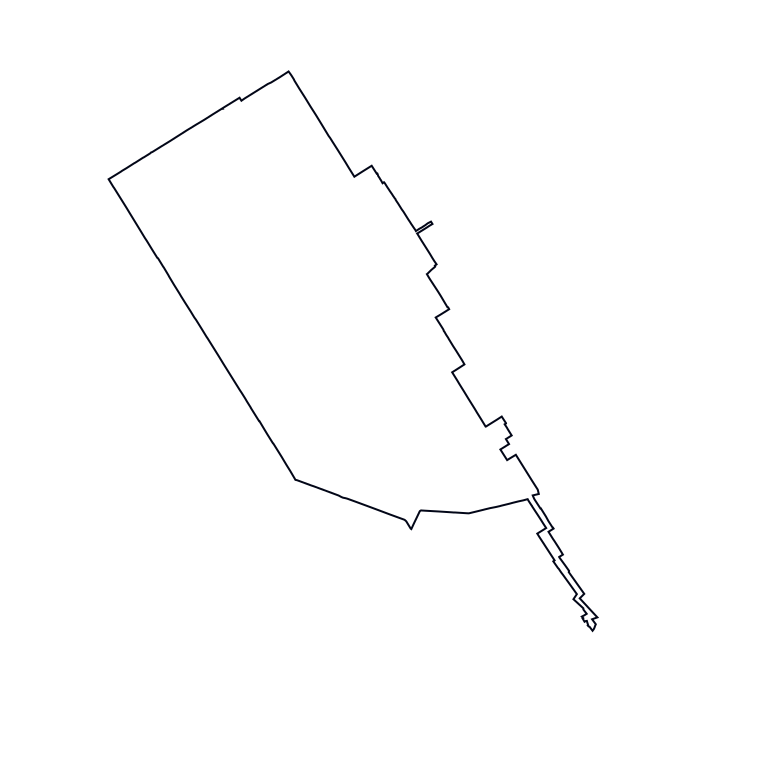 the district of Valle Hermoso, Tamaulipas, Mexico, rotated 148°
{"feature_id": "50627088B70713462324597", "entity_name": "Valle Hermoso", "entity_type": "district", "adm_level": 2, "iso_a3": "MEX", "parent_name": "Mexico", "parent_adm1": "Tamaulipas", "projection": "mercator", "projection_center": [-97.883, 25.782], "detail": "fine", "context": "isolated", "style": "outline", "palette": "ink", "viewbox_px": 768, "rotation_deg": 148, "n_neighbors": 0, "source": "geoboundaries", "source_scale": "gbopen_adm2", "svg_char_len": 5139}
<svg xmlns="http://www.w3.org/2000/svg" viewBox="0 0 768 768"><g transform="rotate(148 384 384)"><path d="M372.2,703.4L375.3,703.4L375.2,703.0L376.2,703.4L385.7,703.4L385.9,703.4L395.9,703.3L396.4,703.3L406.2,703.5L416.8,703.6L426.5,703.5L426.9,703.5L437.2,703.4L447.3,703.5L457.5,703.5L458.9,703.8L459.9,703.5L467.8,703.5L468.4,703.6L477.9,703.5L478.5,703.6L487.8,703.5L488.6,703.5L493.1,703.6L494.6,703.5L498.8,703.5L509.0,703.6L509.1,694.4L509.0,693.5L509.0,682.7L509.0,672.6L509.0,672.4L509.0,669.9L509.1,662.7L509.1,661.9L509.2,652.1L509.2,651.2L509.3,641.2L509.4,634.8L509.3,631.1L509.4,620.7L509.4,611.1L509.0,610.4L509.1,600.2L509.0,599.9L509.2,590.0L509.2,589.8L509.3,589.5L509.5,579.5L509.5,579.1L509.5,569.0L509.6,565.7L509.6,558.7L509.5,548.1L509.6,540.9L509.4,538.2L509.4,527.7L509.5,517.2L509.4,517.1L509.4,506.9L509.4,505.4L509.4,495.5L509.5,485.9L509.5,476.1L509.5,465.6L509.5,455.0L509.4,451.9L509.4,448.1L509.4,445.6L509.4,445.1L509.5,441.9L509.5,434.5L509.6,434.4L509.6,423.9L509.6,418.7L509.3,418.6L509.5,409.4L509.6,403.2L509.6,392.5L509.4,392.3L509.4,391.7L509.4,385.4L509.4,383.3L509.4,382.8L509.4,376.3L509.5,372.2L509.6,366.5L509.6,363.6L509.6,359.8L509.9,349.6L509.5,349.3L508.5,348.2L499.3,336.3L497.8,334.5L481.6,313.5L480.0,310.7L479.0,309.3L477.1,307.5L475.9,306.2L470.5,299.3L462.6,289.1L457.9,283.0L455.9,280.4L448.1,270.2L438.8,258.3L438.4,257.6L438.2,256.8L438.0,256.2L437.9,255.5L438.0,247.2L437.7,246.5L432.8,249.7L428.7,252.3L428.2,252.6L422.7,256.1L421.5,256.9L421.2,257.0L420.9,257.2L420.5,257.2L420.2,257.2L419.8,257.2L419.5,257.1L419.2,256.9L419.0,256.7L413.5,252.8L404.6,246.5L395.7,240.1L392.7,237.9L392.0,237.5L382.8,230.9L382.1,230.4L381.1,229.7L380.4,229.3L372.9,226.8L366.2,224.6L365.2,224.3L359.8,222.5L354.6,220.5L350.3,219.0L349.2,218.7L340.7,215.9L337.7,215.0L332.2,213.2L327.5,211.5L323.8,210.4L323.2,210.2L323.3,209.0L323.3,207.3L323.2,202.7L323.1,202.4L323.2,202.2L323.2,200.8L323.1,195.5L323.0,192.2L322.9,185.6L322.9,182.6L322.9,181.6L322.8,175.9L328.0,175.9L333.3,175.9L333.3,171.8L333.3,171.5L333.1,160.7L332.8,144.0L334.4,143.9L334.0,135.8L333.7,134.4L333.7,132.9L333.6,130.1L333.3,127.0L333.1,123.7L332.6,116.4L331.8,103.6L337.4,101.1L333.8,88.1L334.4,87.1L334.2,84.6L334.0,82.9L333.9,81.7L336.8,81.7L339.5,81.9L339.1,80.0L339.8,80.0L339.9,76.1L338.7,76.1L337.5,75.6L338.1,73.6L338.7,71.2L339.1,71.2L339.0,70.1L338.3,69.0L337.9,64.2L337.1,64.5L336.0,64.9L335.5,65.3L334.6,65.8L333.7,66.6L333.0,67.1L332.3,67.6L331.7,68.0L332.2,74.2L326.7,73.0L328.4,81.8L331.6,98.5L325.4,99.9L327.0,126.6L326.1,127.3L326.5,134.4L326.6,135.7L327.2,144.0L327.1,144.5L322.7,144.5L322.7,144.9L322.6,150.6L322.6,153.2L322.7,160.7L322.8,162.9L322.8,171.5L316.8,171.5L316.8,172.6L317.1,172.7L317.2,180.6L316.9,185.8L316.9,195.4L317.3,195.5L317.4,200.8L317.5,206.5L317.3,208.3L316.9,210.7L311.0,208.7L310.8,209.3L309.7,212.6L309.6,213.1L309.7,223.2L309.7,233.3L309.7,233.6L309.7,244.0L309.7,247.2L309.7,254.1L316.3,254.2L319.9,254.2L320.0,266.8L309.8,266.8L309.8,272.7L303.0,272.7L303.0,275.8L303.0,277.8L303.0,280.1L302.9,281.7L303.0,285.9L301.4,285.9L301.3,286.1L301.4,292.3L301.4,294.0L307.3,293.9L309.7,293.9L320.2,293.9L320.4,294.0L320.3,302.4L320.3,306.2L320.3,310.4L320.2,314.6L320.2,318.8L320.2,327.1L320.1,335.4L320.1,339.4L320.1,343.5L320.0,348.1L320.0,353.1L320.0,357.8L309.8,357.9L305.4,358.0L305.2,362.8L305.2,368.7L305.2,374.0L305.3,379.5L305.2,387.9L305.1,389.3L305.2,392.2L305.1,396.1L305.0,396.4L305.2,397.2L304.8,398.7L304.8,401.1L304.9,413.0L299.5,412.9L289.1,412.9L289.0,414.5L289.0,414.9L289.1,415.3L289.5,415.5L289.4,420.6L289.2,428.6L289.2,430.8L289.2,432.8L289.2,433.4L289.5,448.0L289.5,450.1L289.4,454.4L289.1,454.4L283.2,455.7L278.9,456.3L278.4,456.4L278.2,457.4L276.0,457.6L276.2,461.6L276.2,465.6L276.1,469.7L276.1,472.0L276.2,485.7L276.1,494.1L275.3,494.0L271.8,494.0L265.0,494.0L261.6,494.1L258.1,494.0L258.1,496.8L261.8,497.1L265.0,496.8L265.4,496.8L265.8,496.8L266.0,496.8L266.4,496.8L266.5,496.8L266.8,496.8L267.0,496.8L267.4,496.8L267.7,496.8L267.9,496.8L268.1,496.7L268.3,496.7L268.5,496.7L271.9,496.9L275.4,496.8L275.9,496.8L275.8,497.8L275.9,500.1L276.0,502.0L276.0,503.4L276.1,504.8L276.1,506.2L276.1,507.8L276.2,510.4L276.2,511.8L276.2,513.1L276.2,514.6L276.2,516.5L276.2,517.1L276.2,518.6L276.2,519.9L276.3,521.3L276.4,522.6L276.4,523.6L276.4,524.1L276.4,526.6L276.4,527.9L276.4,529.9L276.5,532.1L276.5,534.1L276.3,534.6L276.5,536.0L276.5,537.2L276.6,538.5L276.6,539.8L276.6,541.1L276.7,542.3L276.7,543.0L276.8,544.5L276.8,545.0L276.8,546.3L276.9,548.8L276.9,550.1L276.9,551.4L276.9,552.4L276.9,553.5L276.9,553.8L277.1,555.1L278.8,555.0L278.7,557.1L278.6,558.9L278.7,559.3L278.6,561.3L278.7,563.4L278.2,565.4L278.1,566.0L278.7,566.1L278.8,575.6L289.0,575.6L299.3,575.5L299.3,586.2L299.2,592.2L299.2,596.2L299.2,606.5L299.3,616.9L299.3,617.3L299.3,621.4L299.5,623.5L299.3,637.7L299.2,648.2L299.3,658.3L299.2,668.7L299.3,679.1L299.2,689.1L299.0,689.8L299.0,694.8L299.3,699.6L309.6,699.4L319.0,699.5L319.9,699.5L323.6,700.0L330.0,700.0L335.1,700.0L340.4,700.0L350.7,700.0L354.8,699.8L354.8,703.3L372.2,703.4Z" fill="none" stroke="#020617" stroke-width="2"/></g></svg>